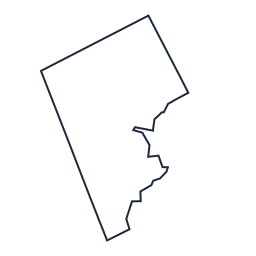 outline of Lowndes, Mississippi, United States of America, rotated 153°
{"feature_id": "52423323B34772057373171", "entity_name": "Lowndes", "entity_type": "district", "adm_level": 2, "iso_a3": "USA", "parent_name": "United States of America", "parent_adm1": "Mississippi", "projection": "albers", "projection_center": [-88.419, 33.516], "detail": "fine", "context": "isolated", "style": "outline", "palette": "slate", "viewbox_px": 256, "rotation_deg": 153, "n_neighbors": 0, "source": "geoboundaries", "source_scale": "gbopen_adm2", "svg_char_len": 711}
<svg xmlns="http://www.w3.org/2000/svg" viewBox="0 0 256 256"><g transform="rotate(153 128 128)"><path d="M58.8,218.9L179.6,218.4L180.2,212.9L184.0,174.5L188.5,129.5L188.7,127.9L189.4,121.0L190.9,106.4L191.0,105.6L191.2,104.0L191.5,100.7L191.8,98.0L191.9,97.1L193.5,80.8L195.3,62.3L195.4,62.0L195.9,56.8L195.9,55.6L196.7,47.4L197.7,37.3L172.6,37.1L170.8,47.8L157.7,60.8L149.9,57.0L145.8,65.8L133.1,66.5L129.4,69.6L122.4,68.5L113.6,71.6L110.3,74.9L115.0,77.5L113.4,89.5L123.1,93.2L116.6,103.0L117.4,117.4L124.2,123.7L121.4,125.5L106.9,114.3L105.9,116.0L100.4,123.8L90.5,126.6L89.1,125.7L81.4,131.3L71.2,131.8L58.3,132.0L58.3,149.2L58.5,172.4L58.8,218.9Z" fill="none" stroke="#1e293b" stroke-width="2"/></g></svg>